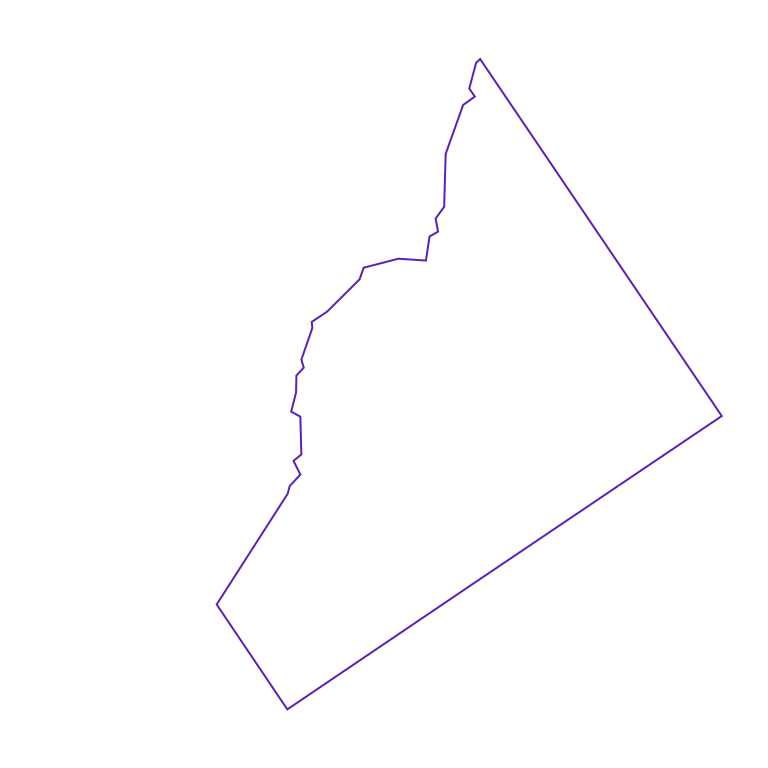 outline of Delta, Colorado, United States of America, rotated 326°
{"feature_id": "52423323B92734550287549", "entity_name": "Delta", "entity_type": "district", "adm_level": 2, "iso_a3": "USA", "parent_name": "United States of America", "parent_adm1": "Colorado", "projection": "equal_earth", "projection_center": [-107.875, 38.943], "detail": "fine", "context": "isolated", "style": "outline", "palette": "violet", "viewbox_px": 768, "rotation_deg": 326, "n_neighbors": 0, "source": "geoboundaries", "source_scale": "gbopen_adm2", "svg_char_len": 574}
<svg xmlns="http://www.w3.org/2000/svg" viewBox="0 0 768 768"><g transform="rotate(326 384 384)"><path d="M645.4,168.3L639.9,169.3L619.9,186.7L620.0,196.5L605.7,196.9L563.8,227.7L533.0,270.7L519.3,275.7L514.0,287.9L504.2,287.2L487.8,305.1L466.0,288.2L432.2,276.2L422.2,283.6L377.2,292.2L358.8,292.1L355.8,297.6L329.1,317.6L326.6,325.6L316.1,328.0L306.5,341.7L291.6,355.0L296.4,364.3L276.1,396.2L266.0,397.1L264.0,412.4L248.9,415.8L242.6,421.2L122.0,473.2L121.9,599.7L348.7,599.4L646.1,599.4L646.1,583.8L645.4,168.3Z" fill="none" stroke="#5b21b6" stroke-width="2"/></g></svg>